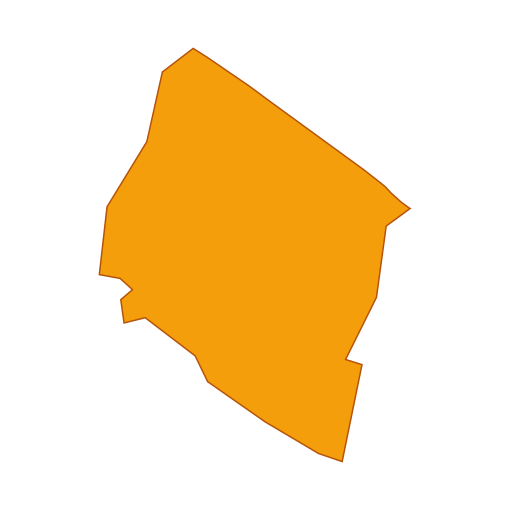 the district of Fashoda, Upper Nile, South Sudan, rotated 85°
{"feature_id": "79223893B4456195620437", "entity_name": "Fashoda", "entity_type": "district", "adm_level": 2, "iso_a3": "SSD", "parent_name": "South Sudan", "parent_adm1": "Upper Nile", "projection": "albers", "projection_center": [31.842, 9.988], "detail": "fine", "context": "isolated", "style": "filled", "palette": "amber", "viewbox_px": 512, "rotation_deg": 85, "n_neighbors": 0, "source": "geoboundaries", "source_scale": "gbopen_adm2", "svg_char_len": 524}
<svg xmlns="http://www.w3.org/2000/svg" viewBox="0 0 512 512"><g transform="rotate(85 256 256)"><path d="M260.9,413.7L266.5,393.3L278.8,382.0L287.7,394.5L311.2,393.3L307.8,371.8L350.2,325.3L377.0,315.1L422.0,261.4L458.3,210.8L468.3,188.1L373.5,159.9L366.9,175.8L307.7,139.6L237.5,123.7L222.1,98.3L221.5,99.3L214.9,106.8L205.0,116.0L198.4,121.1L193.9,125.7L179.5,141.1L104.3,227.4L86.0,248.1L54.3,286.7L43.7,300.5L64.5,333.2L132.6,354.8L194.0,400.1L260.9,413.7Z" fill="#f59e0b" stroke="#b45309" stroke-width="1.5"/></g></svg>